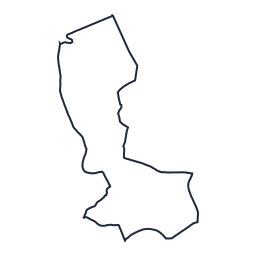 Kaffrine, Kaffrine, Senegal (Robinson projection)
{"feature_id": "50182788B43046627101076", "entity_name": "Kaffrine", "entity_type": "district", "adm_level": 2, "iso_a3": "SEN", "parent_name": "Senegal", "parent_adm1": "Kaffrine", "projection": "robinson", "projection_center": [-15.471, 14.163], "detail": "fine", "context": "isolated", "style": "outline", "palette": "slate", "viewbox_px": 256, "rotation_deg": 0, "n_neighbors": 0, "source": "geoboundaries", "source_scale": "gbopen_adm2", "svg_char_len": 5770}
<svg xmlns="http://www.w3.org/2000/svg" viewBox="0 0 256 256"><path d="M83.7,217.6L83.9,217.8L84.1,217.6L84.7,217.1L85.8,217.1L86.9,217.4L88.9,218.3L89.6,219.0L90.6,219.4L91.8,220.0L92.8,220.4L93.6,220.9L95.3,221.7L96.2,222.6L96.6,223.1L97.6,223.9L98.0,224.1L98.4,224.5L98.9,224.8L99.7,225.3L100.3,225.3L101.4,225.7L102.7,225.8L103.4,225.8L104.1,225.8L104.7,225.7L105.3,225.7L106.0,225.6L106.8,225.1L107.4,225.0L107.9,225.0L109.1,224.9L110.6,224.8L111.6,224.8L113.1,225.2L113.8,225.2L114.7,225.1L115.4,225.2L116.1,225.1L117.4,225.0L118.0,224.9L118.5,225.1L119.0,225.5L119.2,225.9L119.3,226.8L119.7,227.3L119.8,227.9L120.0,228.4L120.5,229.4L120.9,230.3L121.2,231.3L121.5,231.7L122.2,233.7L122.5,234.3L123.0,235.7L123.8,237.5L124.0,238.3L124.3,238.6L124.3,239.2L125.0,240.6L125.5,239.7L126.0,239.0L127.4,238.1L128.0,237.7L128.5,237.1L131.1,234.9L134.8,232.9L136.1,232.3L137.2,231.8L137.8,231.5L139.8,230.7L142.1,229.7L143.5,229.4L144.3,229.3L145.5,229.0L147.2,228.9L148.5,228.9L150.1,229.0L152.0,229.3L155.9,230.2L158.2,231.3L159.7,232.3L161.4,233.6L162.8,235.0L165.4,237.8L165.9,238.5L171.6,238.4L179.2,233.2L180.9,231.9L183.3,230.4L186.9,228.0L189.5,226.1L190.5,225.3L192.5,224.0L193.4,223.3L194.6,222.9L196.3,222.5L197.6,222.1L197.6,219.7L197.9,215.4L198.0,213.3L197.7,211.1L195.8,206.0L194.9,204.2L191.8,197.4L190.9,195.8L190.3,193.7L189.7,192.1L189.4,191.5L188.8,189.5L188.6,188.9L188.5,188.0L188.3,186.6L188.2,185.3L188.3,184.0L188.4,183.2L189.2,180.9L189.8,179.8L190.4,178.6L190.9,177.3L191.4,176.5L191.6,175.8L191.9,175.2L192.2,174.2L192.2,173.4L190.8,173.4L190.5,173.3L189.8,173.0L188.3,173.0L188.1,172.8L187.3,172.6L186.7,172.8L186.1,172.5L185.1,172.4L184.5,172.4L184.1,172.3L183.2,172.3L182.6,172.3L182.3,172.2L181.8,172.3L181.4,172.3L180.6,172.4L179.6,172.3L178.6,172.4L178.0,172.4L175.3,172.4L174.8,172.4L174.0,172.4L173.7,172.4L173.3,172.5L172.8,172.4L172.4,172.4L171.4,172.4L170.7,172.5L170.3,172.5L169.3,172.5L168.9,172.4L168.3,172.4L168.0,172.5L167.2,172.4L166.3,172.4L165.7,172.4L164.7,172.2L163.8,172.2L163.4,172.1L163.1,172.3L162.8,172.2L162.5,172.3L162.0,172.2L161.6,172.1L160.9,172.1L160.5,171.9L159.8,171.7L159.6,171.5L159.4,171.5L158.9,171.2L158.0,171.0L157.4,170.7L156.5,170.2L155.9,169.7L155.1,169.2L154.3,168.6L153.2,168.2L152.5,167.7L151.7,167.1L151.1,166.8L150.2,166.4L149.2,166.0L148.4,165.7L147.1,165.2L146.6,165.0L146.1,164.9L145.5,164.5L144.8,164.4L143.5,163.7L140.6,162.8L139.6,162.4L138.5,162.3L137.6,161.8L136.8,161.8L136.0,161.4L135.2,161.2L130.6,159.9L129.8,159.6L128.9,159.4L128.2,159.1L127.7,159.0L126.8,158.8L126.3,158.7L125.7,158.4L124.3,158.0L123.9,157.2L124.0,153.1L124.3,148.9L123.3,146.3L125.0,141.9L126.8,131.0L128.0,127.4L122.6,124.1L120.0,121.7L119.3,117.3L118.1,113.4L119.3,110.5L121.4,107.5L121.4,105.0L120.2,104.3L118.8,98.4L117.8,92.2L120.1,89.5L123.5,86.7L128.6,83.5L135.1,80.4L137.3,65.7L129.1,51.5L113.0,15.8L112.3,15.4L112.2,16.0L73.4,32.1L72.6,32.6L71.9,32.9L70.2,33.6L69.3,33.9L68.5,34.1L67.9,34.4L67.5,34.7L67.2,35.1L66.9,35.7L67.1,37.2L67.6,37.8L68.3,38.2L69.4,38.6L71.6,39.5L72.0,40.1L72.2,40.7L72.3,41.7L72.2,42.1L71.6,42.5L70.7,43.0L69.3,43.1L67.9,42.8L67.2,42.6L66.6,42.6L65.2,42.2L64.5,42.3L63.9,42.5L63.2,42.8L62.3,43.2L61.5,43.6L60.2,43.8L59.9,43.4L60.0,44.8L59.7,46.3L59.5,47.0L59.6,47.3L59.5,48.1L59.0,50.4L58.9,51.5L58.5,53.1L58.3,55.3L58.1,56.0L58.0,56.9L58.1,57.7L58.2,58.3L58.2,59.3L58.3,60.1L58.3,60.9L58.6,63.2L58.7,64.4L59.1,66.4L59.3,67.5L59.4,69.3L59.7,70.1L59.8,70.9L59.9,71.8L60.0,72.6L60.4,74.6L60.5,75.6L60.6,76.4L60.2,81.5L60.4,82.2L60.3,83.1L60.4,83.7L60.4,84.8L60.2,86.3L60.3,87.1L60.2,88.2L60.0,90.4L60.1,91.2L60.1,91.6L60.8,93.7L61.0,94.8L61.6,96.8L61.8,97.6L62.3,98.6L62.4,99.3L62.9,100.3L63.8,102.9L64.1,103.8L64.4,104.6L64.7,105.5L65.0,106.3L65.4,107.1L65.7,108.0L66.0,108.8L66.4,109.8L66.8,110.8L67.4,112.7L67.7,113.3L68.2,114.8L68.6,115.7L69.2,116.6L69.5,117.5L69.8,118.0L70.1,118.7L70.3,119.4L70.8,120.3L71.1,121.1L71.9,123.1L72.2,123.8L72.5,124.6L72.8,125.4L73.5,127.2L74.2,128.0L74.8,128.8L75.3,129.5L75.8,129.8L76.3,130.3L77.2,131.5L77.9,132.3L79.8,134.1L80.3,134.6L80.7,135.1L81.2,135.5L81.7,136.2L82.6,137.4L82.9,138.0L83.2,138.6L83.3,139.6L83.7,140.7L83.8,140.9L84.1,141.8L84.3,142.8L84.9,144.7L85.4,146.6L85.8,147.4L86.0,148.1L86.3,148.9L86.5,149.0L86.0,151.8L85.8,152.5L85.8,152.9L85.5,153.7L85.4,154.2L85.0,155.3L84.4,156.4L83.7,158.5L83.5,159.4L83.1,160.7L82.7,162.0L82.4,165.6L82.7,167.7L83.2,169.1L84.0,170.7L84.5,171.2L84.9,171.4L85.4,171.9L85.7,172.1L86.1,172.2L86.7,172.2L86.9,172.4L87.9,172.6L88.5,172.9L89.1,172.8L89.6,173.0L90.1,173.2L90.6,173.2L91.1,173.2L91.5,173.3L91.5,173.2L92.0,173.2L92.7,173.3L93.2,173.3L93.7,173.2L94.3,173.3L94.9,173.1L95.5,173.1L96.4,172.9L97.1,172.6L97.4,172.6L98.1,172.4L99.0,172.1L99.3,172.1L99.7,172.0L100.2,172.1L101.4,171.8L101.7,171.6L102.2,171.9L102.9,172.4L103.2,172.6L103.4,173.0L103.6,173.5L104.5,175.4L104.7,175.8L105.2,176.7L105.4,177.3L105.8,177.7L106.0,178.2L106.3,178.7L106.5,179.3L106.7,179.7L107.2,180.3L107.5,180.9L107.7,181.3L108.6,183.2L108.8,183.8L109.3,184.6L109.9,185.7L110.2,186.1L110.1,186.5L109.7,186.8L109.3,187.0L107.8,188.2L107.3,188.6L107.0,189.3L106.7,190.6L106.6,191.2L107.0,192.9L106.9,193.1L106.9,193.3L106.7,193.5L106.4,194.0L106.4,194.6L106.3,195.0L106.2,195.3L105.9,195.3L105.2,195.5L104.7,195.9L103.7,197.5L103.1,197.9L102.6,198.4L100.3,200.3L97.8,201.8L97.0,202.6L96.7,202.8L96.5,203.2L96.3,203.8L95.8,204.8L95.4,205.2L95.1,205.6L94.8,206.1L94.5,206.3L94.4,206.3L93.7,206.5L93.1,206.7L92.7,206.8L91.7,207.2L91.1,207.5L90.2,208.0L89.7,208.2L89.3,208.4L89.1,208.5L88.8,208.6L88.3,209.0L87.2,209.5L86.9,209.9L86.6,210.3L86.2,211.1L86.1,211.5L86.0,212.0L85.8,212.7L85.5,213.6L85.1,214.4L84.9,215.0L84.5,215.8L84.3,216.5L84.1,217.0L83.7,217.6Z" fill="none" stroke="#1e293b" stroke-width="2"/></svg>